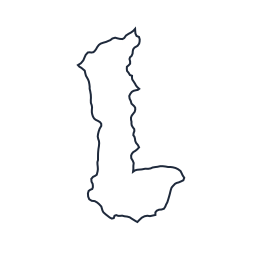 outline of Jenipapo de Minas, Minas Gerais, Brazil, rotated 220°
{"feature_id": "56859067B49665349666776", "entity_name": "Jenipapo de Minas", "entity_type": "district", "adm_level": 2, "iso_a3": "BRA", "parent_name": "Brazil", "parent_adm1": "Minas Gerais", "projection": "albers", "projection_center": [-42.212, -17.187], "detail": "fine", "context": "isolated", "style": "outline", "palette": "slate", "viewbox_px": 256, "rotation_deg": 220, "n_neighbors": 0, "source": "geoboundaries", "source_scale": "gbopen_adm2", "svg_char_len": 2878}
<svg xmlns="http://www.w3.org/2000/svg" viewBox="0 0 256 256"><g transform="rotate(220 128 128)"><path d="M114.5,49.9L111.9,48.5L109.0,48.9L106.5,50.6L103.8,51.1L101.3,51.1L98.0,50.7L95.9,49.3L94.4,48.3L92.6,47.6L89.5,47.5L87.0,47.6L84.4,47.7L82.2,48.2L81.0,49.8L81.9,52.1L81.0,53.7L79.0,54.4L77.5,55.7L76.1,57.1L74.0,58.1L71.7,59.6L69.3,60.7L67.2,60.9L65.1,61.2L62.4,61.6L60.4,62.0L60.2,64.7L59.8,68.1L58.6,71.0L56.8,73.2L54.5,74.6L52.5,77.2L51.1,79.0L52.8,81.0L52.8,83.2L51.7,85.4L50.0,87.0L48.6,89.2L48.9,91.7L49.6,93.8L50.1,96.3L51.2,99.0L52.6,102.2L53.7,104.6L54.7,106.6L55.5,108.3L56.3,110.4L56.3,112.4L56.1,115.5L55.4,117.2L54.2,118.9L53.0,121.3L52.0,123.5L52.9,126.0L55.6,126.8L58.2,128.0L60.1,128.8L63.2,128.6L65.9,127.9L68.4,126.7L70.6,125.3L72.2,123.9L74.5,122.6L76.8,121.1L78.8,119.4L80.5,117.2L82.1,115.5L83.8,113.5L84.7,111.6L86.2,109.8L88.7,107.8L90.7,105.3L92.5,103.5L94.2,101.8L95.4,100.0L96.0,97.7L97.5,100.0L99.6,102.5L101.1,104.8L103.3,106.0L106.0,106.9L107.9,108.9L108.5,110.9L108.5,112.9L107.7,115.2L107.2,117.8L107.1,120.3L109.5,121.3L112.3,121.8L114.2,122.8L115.7,124.2L117.4,125.4L119.3,125.9L120.4,127.6L121.2,129.8L122.6,131.2L124.6,131.6L126.8,132.4L128.2,133.6L129.3,135.0L130.9,136.2L132.4,137.9L133.1,139.9L133.2,142.4L133.3,144.8L134.3,146.8L135.6,148.2L137.4,148.7L141.0,148.9L143.3,150.5L145.6,151.5L147.6,153.3L148.2,155.7L148.3,158.1L147.6,160.1L146.3,161.9L145.0,163.5L144.6,165.2L147.2,165.3L149.2,165.7L151.2,166.5L153.8,167.3L155.9,167.9L157.2,169.0L158.5,170.6L160.6,169.8L163.1,170.7L165.4,171.1L166.9,172.5L168.2,174.2L167.8,176.4L167.7,178.6L169.2,180.4L171.2,181.8L171.9,183.5L171.6,185.5L172.3,187.9L173.7,189.9L174.6,191.6L174.7,193.8L173.5,197.1L173.7,199.8L174.7,201.7L176.0,203.4L178.1,204.8L180.6,204.0L183.1,205.2L184.8,206.9L186.3,208.5L186.4,205.8L187.1,203.0L188.1,200.5L189.0,197.5L188.7,194.5L189.4,192.6L191.4,191.1L193.5,190.0L195.9,188.9L197.5,186.5L198.0,184.0L199.0,182.1L200.1,179.9L201.8,177.4L203.2,175.0L203.7,172.9L203.6,170.4L203.1,167.7L203.0,165.8L203.2,163.9L204.5,162.3L206.1,161.3L207.3,160.0L207.4,156.8L206.6,154.0L205.7,151.1L205.7,147.3L206.8,144.0L204.6,143.7L202.4,144.1L198.0,144.1L195.8,142.4L193.8,141.0L191.9,140.3L189.8,139.5L187.8,138.4L185.6,136.6L183.9,135.0L182.6,133.4L180.6,131.9L177.9,129.6L175.8,127.3L174.3,125.3L172.6,123.4L170.4,122.1L168.8,120.7L167.3,118.6L165.8,116.8L164.2,115.5L162.3,114.3L160.1,113.5L158.1,113.5L155.3,114.2L153.0,114.5L151.2,114.0L149.8,112.4L149.3,109.3L148.2,106.4L147.0,104.0L145.7,102.0L143.8,100.5L141.8,99.3L140.3,97.8L138.6,95.4L137.2,93.0L135.7,90.8L134.6,89.3L133.4,87.8L132.0,86.1L130.4,84.2L129.5,82.2L128.1,80.6L126.2,78.8L124.6,77.1L123.4,75.2L121.9,72.1L122.5,70.0L123.4,68.1L123.4,65.4L121.4,63.4L119.2,62.5L117.9,61.3L116.8,60.0L116.2,58.3L117.2,56.4L117.7,54.5L116.7,52.2L114.5,49.9Z" fill="none" stroke="#1e293b" stroke-width="2"/></g></svg>